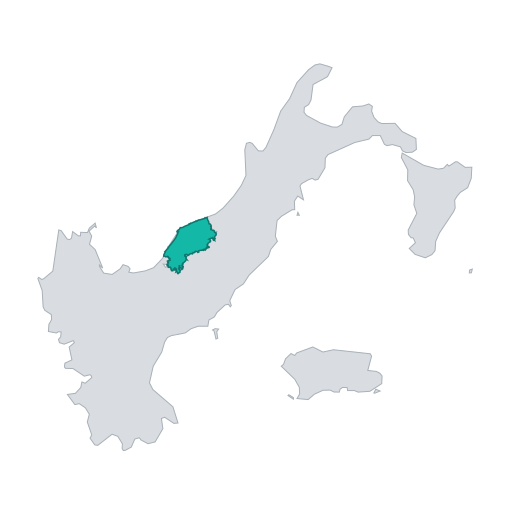 Marche, Macerata, Italy shown in context, rotated 268°
{"feature_id": "23120603B49951072422318", "entity_name": "Marche", "entity_type": "district", "adm_level": 2, "iso_a3": "ITA", "parent_name": "Italy", "parent_adm1": "Macerata", "projection": "equal_earth", "projection_center": [13.047, 43.328], "detail": "fine", "context": "in_parent", "style": "filled", "palette": "teal", "viewbox_px": 512, "rotation_deg": 268, "n_neighbors": 0, "source": "geoboundaries", "source_scale": "gbopen_adm2", "svg_char_len": 9093}
<svg xmlns="http://www.w3.org/2000/svg" viewBox="0 0 512 512"><g transform="rotate(268 256 256)"><path d="M79.7,83.8L83.0,85.6L96.0,81.6L103.7,83.9L110.3,80.1L114.6,74.2L113.8,69.8L124.2,62.7L125.1,70.8L130.7,76.3L136.2,77.6L134.8,80.9L140.2,87.6L142.4,87.0L143.1,85.8L141.9,80.2L149.9,69.2L150.4,61.6L151.8,60.7L155.6,61.3L158.6,68.4L171.5,66.1L175.8,71.5L177.8,70.5L174.6,61.2L176.2,56.6L179.6,55.7L182.0,58.0L186.9,58.6L187.2,55.8L186.0,53.9L187.8,45.9L195.1,46.7L199.5,49.5L204.6,49.4L209.0,43.1L212.5,41.5L229.0,41.1L241.2,37.2L242.2,38.1L240.0,41.1L240.7,43.1L248.0,52.4L288.9,59.8L288.2,62.1L279.5,67.9L278.9,70.2L280.2,72.2L286.8,73.6L282.3,79.2L282.3,81.3L285.8,81.6L285.3,88.4L289.7,90.4L294.5,96.4L289.6,97.5L291.6,95.9L286.7,90.0L281.6,92.5L273.5,90.0L268.0,95.5L249.2,102.4L252.5,99.2L251.1,99.2L244.2,103.2L242.6,111.6L247.9,119.8L252.0,122.8L250.1,127.8L247.6,129.7L244.3,128.3L243.3,132.8L245.0,144.9L247.9,153.3L257.2,162.8L264.1,165.8L285.0,180.3L292.7,196.6L299.4,217.0L305.0,224.7L316.5,235.7L327.1,243.8L336.9,248.8L362.5,248.5L369.0,250.4L369.8,253.8L368.6,256.2L361.0,262.0L360.7,266.6L364.3,269.8L381.9,278.4L399.9,285.7L412.1,295.1L427.9,303.0L440.4,315.1L444.8,321.5L445.8,326.5L443.0,335.1L441.5,338.6L432.7,333.7L425.4,319.0L410.0,316.4L405.5,313.9L402.9,309.5L398.0,309.0L394.7,311.4L386.6,325.1L382.2,337.0L382.0,341.8L384.6,346.5L392.0,349.1L401.7,357.6L402.2,368.1L404.0,374.1L401.5,377.5L396.7,376.6L390.3,378.8L385.8,382.6L384.0,386.3L383.7,399.6L375.2,406.5L367.9,419.9L356.9,420.0L354.3,415.9L354.1,409.7L356.0,406.0L360.0,404.2L362.6,396.3L361.7,390.7L363.2,388.2L372.0,384.4L372.3,376.5L368.9,373.0L366.0,358.7L354.8,331.4L351.3,328.7L341.8,328.0L330.5,320.7L329.8,317.7L331.6,314.8L330.3,310.9L326.7,304.0L324.3,302.4L310.5,305.4L314.4,299.8L309.5,296.3L300.9,296.3L301.0,293.8L294.8,282.8L290.7,278.3L275.0,276.0L269.9,277.9L262.1,271.0L255.1,268.4L237.2,248.5L228.6,242.5L223.2,233.9L212.3,228.2L207.3,229.6L206.1,228.5L208.7,226.8L208.2,223.5L200.9,215.0L196.6,212.3L193.7,206.7L187.5,205.4L187.8,195.6L185.6,188.6L181.6,182.7L179.4,168.7L177.7,164.7L173.2,161.7L163.2,158.4L149.4,149.4L132.9,145.1L126.1,148.3L108.2,167.7L91.8,172.2L91.6,168.1L98.0,159.1L96.9,155.8L86.7,156.9L73.7,148.7L72.2,141.5L76.1,134.7L78.4,133.1L77.3,128.5L69.4,124.7L66.4,118.7L66.2,116.6L68.3,115.5L73.0,115.9L80.6,111.6L82.9,105.9L72.3,91.3L72.8,88.3L79.7,83.8ZM250.6,166.6L251.2,163.0L247.8,165.3L248.8,166.9L250.6,166.6ZM353.8,405.7L340.8,426.7L336.5,441.0L337.1,446.4L340.9,450.4L339.1,451.9L343.2,458.7L343.1,460.5L337.3,468.1L337.2,474.8L326.0,473.8L316.9,469.9L312.4,462.3L308.7,459.0L304.9,456.5L297.0,456.7L293.5,455.1L272.6,440.1L264.4,436.1L255.0,435.1L251.3,431.8L248.3,425.2L252.0,415.1L258.2,409.4L263.7,415.8L268.6,413.7L268.8,411.7L272.2,409.1L276.6,409.0L293.0,418.2L301.6,415.6L309.5,416.6L316.7,415.4L326.0,410.1L336.8,410.7L349.3,404.7L353.8,405.7ZM157.7,293.3L163.1,309.6L157.7,319.5L159.6,330.2L154.3,366.8L151.8,368.0L137.7,363.7L136.5,372.1L134.6,375.6L131.7,377.8L124.1,377.2L116.8,365.1L116.4,353.2L118.1,349.7L118.3,342.9L121.3,342.5L121.6,337.9L120.0,335.4L117.1,334.5L117.3,329.3L119.4,325.4L119.5,318.4L115.9,309.6L110.7,303.1L112.1,292.0L116.6,294.8L123.3,294.7L131.5,290.4L145.0,277.4L146.7,279.7L152.2,281.9L157.3,287.6L155.2,291.2L157.7,293.3ZM183.6,210.0L184.8,212.6L184.3,216.1L181.6,214.1L175.1,214.9L174.4,213.1L182.4,211.5L183.6,210.0ZM118.7,371.1L116.7,375.3L114.7,369.7L115.0,369.0L118.7,371.1ZM116.2,284.0L113.1,288.5L111.6,288.4L115.4,283.1L116.2,284.0ZM235.4,471.7L231.7,470.7L231.6,468.6L234.5,468.9L235.4,471.7ZM298.2,299.4L295.2,300.7L295.3,298.4L298.2,299.4Z" fill="#d9dde1" stroke="#a8b0b8" stroke-width="1"/><path d="M250.7,166.8L249.9,166.9L249.9,167.2L249.7,167.4L249.8,167.5L249.4,167.9L249.0,167.7L248.9,167.9L248.1,167.7L248.0,167.8L247.9,168.0L247.9,168.3L247.7,168.4L247.6,169.0L247.7,169.5L247.9,169.7L247.5,170.2L246.9,170.3L246.7,170.6L246.3,170.8L245.9,170.7L245.7,170.8L245.4,170.6L244.8,170.9L244.3,171.1L244.2,171.3L244.4,171.4L244.2,172.4L244.8,172.7L245.3,172.7L245.6,172.9L245.8,173.4L247.0,174.5L246.9,174.7L246.6,174.9L246.4,174.7L246.2,174.7L245.7,174.6L245.7,175.0L245.9,175.9L245.8,176.0L245.2,175.9L245.4,175.2L245.2,174.9L245.2,174.1L245.0,173.7L244.8,174.1L244.9,174.4L244.8,175.0L244.7,175.2L244.6,175.6L243.9,176.0L243.4,175.6L243.2,175.8L243.0,175.7L243.2,176.1L243.1,176.3L242.4,176.9L241.5,177.0L241.4,177.3L241.1,177.4L241.1,177.6L241.8,178.2L242.3,179.4L242.8,179.3L243.0,179.4L243.5,179.6L243.7,179.4L244.3,179.3L244.5,179.4L244.5,179.7L244.9,179.5L245.1,179.0L245.5,179.0L245.8,178.8L245.8,178.6L246.3,178.8L246.4,178.5L246.5,178.4L246.9,178.6L246.7,179.0L246.7,179.3L247.1,179.8L246.9,180.0L246.7,180.2L246.6,180.4L246.1,181.1L245.3,181.1L245.1,181.4L245.4,181.7L245.7,182.3L246.3,182.4L246.8,181.9L247.5,182.4L247.4,182.6L247.4,182.8L247.7,182.9L247.9,182.9L247.9,182.7L248.0,182.4L248.5,181.8L249.1,181.7L249.5,182.2L249.7,182.6L250.0,182.5L250.3,182.6L250.2,182.4L250.5,182.1L250.9,182.4L251.1,182.4L251.6,182.9L251.8,183.4L253.1,184.9L253.8,185.6L254.3,185.8L254.6,186.0L254.9,186.3L255.0,186.5L254.9,186.7L255.2,186.5L255.4,186.1L255.7,186.0L256.0,186.1L256.3,185.9L256.5,186.0L256.9,186.2L257.7,186.4L257.9,185.5L258.5,184.7L258.9,184.7L259.2,185.0L259.6,184.9L259.8,185.1L259.9,185.3L259.6,185.5L259.8,186.1L259.5,186.0L259.5,186.3L260.0,186.8L259.8,187.3L259.0,187.7L258.9,187.8L259.1,188.0L259.0,188.3L259.3,188.6L259.3,188.9L259.7,189.1L259.8,189.5L260.4,190.1L260.4,190.4L260.6,190.5L260.7,191.3L260.7,191.8L260.3,192.3L260.7,192.7L260.7,192.8L261.4,193.0L261.6,193.2L261.4,193.7L261.6,194.1L261.5,194.3L261.8,194.7L261.8,195.0L262.2,195.3L262.6,195.3L262.8,195.9L262.8,196.2L262.7,196.4L262.6,197.2L262.4,197.3L262.3,197.7L261.6,198.0L261.8,198.5L262.0,199.0L262.5,198.8L263.2,199.0L263.4,199.8L263.6,200.2L263.5,201.6L263.6,202.1L264.0,202.6L263.9,203.0L264.0,203.2L263.7,203.0L263.4,203.7L264.1,204.7L264.0,204.9L263.8,205.2L263.7,205.6L264.3,206.0L264.7,206.0L264.9,206.4L265.3,206.5L265.4,207.0L266.3,207.2L266.1,207.6L266.0,208.2L266.1,208.4L266.0,208.6L266.2,208.8L266.1,209.2L266.2,209.5L266.7,209.5L266.9,208.9L267.0,208.7L266.9,208.5L267.1,208.5L267.1,208.4L266.7,208.2L267.0,208.1L267.0,207.7L267.3,208.1L267.8,208.2L268.7,207.4L269.3,208.1L269.6,208.3L269.8,208.2L269.9,208.4L270.6,208.7L270.8,209.2L271.5,210.0L271.6,210.5L271.9,210.7L271.9,211.0L272.2,211.1L272.8,210.8L273.0,211.0L273.5,210.7L273.8,210.7L274.1,210.5L274.1,210.3L274.4,210.2L274.5,209.6L274.8,210.0L274.9,210.3L275.2,211.5L275.4,211.8L275.5,212.1L275.3,212.4L275.3,212.5L275.1,212.7L275.3,212.9L275.1,212.9L274.8,213.5L274.9,213.8L274.6,214.1L274.5,213.6L274.2,213.7L273.7,213.9L273.3,214.0L273.2,214.2L273.4,214.3L273.4,214.6L273.0,215.2L273.4,215.1L273.6,215.3L274.9,215.5L275.1,215.7L275.3,215.4L275.5,214.9L276.2,214.9L276.4,215.3L277.2,215.6L277.9,216.5L278.5,216.9L279.0,216.8L279.5,217.1L280.7,216.3L281.0,216.6L281.0,216.3L281.0,215.9L281.1,215.5L281.4,215.3L281.9,215.2L282.4,215.3L282.9,214.9L283.2,214.6L283.1,214.4L283.1,214.2L283.1,213.6L283.6,212.8L284.0,212.6L284.1,211.7L284.4,211.7L284.8,212.2L285.2,212.3L285.3,212.4L285.6,212.3L285.7,212.1L286.3,212.2L287.0,211.7L287.1,211.8L287.1,212.1L287.3,212.3L288.0,212.2L289.4,211.5L289.5,211.1L289.8,210.6L289.6,210.5L289.6,210.4L290.1,210.1L291.9,209.9L292.7,209.6L293.2,209.1L295.0,208.7L296.3,208.5L295.5,206.4L295.4,206.1L295.6,205.9L295.6,205.7L295.5,206.0L295.4,206.0L295.4,205.9L295.5,205.9L295.3,205.7L295.1,205.4L294.2,201.6L294.0,200.6L294.1,200.2L293.0,197.7L292.9,197.3L293.0,197.2L292.9,197.3L292.9,197.2L293.0,197.1L292.7,196.9L291.8,194.3L290.5,191.3L290.5,191.1L290.5,190.9L290.4,191.0L290.5,191.1L290.3,191.1L290.1,190.9L289.8,190.3L288.3,186.1L286.9,183.2L287.0,182.8L286.8,182.0L287.0,181.6L287.0,181.3L286.0,180.6L285.7,180.6L285.4,180.4L285.1,180.1L285.0,179.6L284.5,178.9L284.2,178.7L284.0,178.3L283.0,177.8L282.9,177.9L283.1,178.0L282.9,178.0L282.7,178.1L283.2,178.2L283.0,178.6L282.9,178.2L282.9,178.3L282.8,178.2L282.6,178.5L282.7,178.4L282.8,178.4L282.7,178.5L282.8,178.6L282.7,178.6L282.3,178.6L282.5,178.6L282.4,178.8L282.3,178.7L282.4,178.8L281.5,178.7L280.1,178.1L279.1,177.3L278.3,177.1L276.9,176.3L274.7,174.7L274.1,174.2L273.7,173.9L272.5,172.8L271.3,171.9L269.1,169.9L267.9,169.0L267.7,168.8L267.7,168.6L267.4,168.7L266.6,168.1L264.1,165.7L264.0,166.0L264.0,165.7L263.9,165.6L263.9,165.8L263.9,166.0L263.9,165.7L263.6,165.7L260.6,164.0L259.1,163.8L259.2,164.1L259.1,164.3L259.0,164.6L259.0,164.8L258.3,165.7L258.4,166.0L258.6,166.9L258.3,167.1L258.2,167.5L258.6,167.9L258.2,168.3L257.5,168.4L257.4,168.7L256.9,168.7L256.8,169.2L256.8,169.6L256.6,169.9L256.2,169.7L256.1,169.8L255.7,169.7L255.0,170.0L254.9,169.7L254.7,169.7L254.6,169.3L254.9,169.0L254.7,168.9L254.5,169.0L254.3,168.7L254.4,168.2L254.0,168.1L254.1,167.8L254.0,167.3L253.2,167.4L253.1,167.9L252.4,168.2L252.2,167.9L252.1,167.7L251.7,167.7L251.1,167.8L250.7,167.3L250.7,166.8ZM248.7,178.7L249.0,179.1L248.9,179.5L248.7,179.5L248.5,179.2L248.1,179.0L248.4,178.8L248.7,178.7Z" fill="#14b8a6" stroke="#0f766e" stroke-width="1.5"/></g></svg>